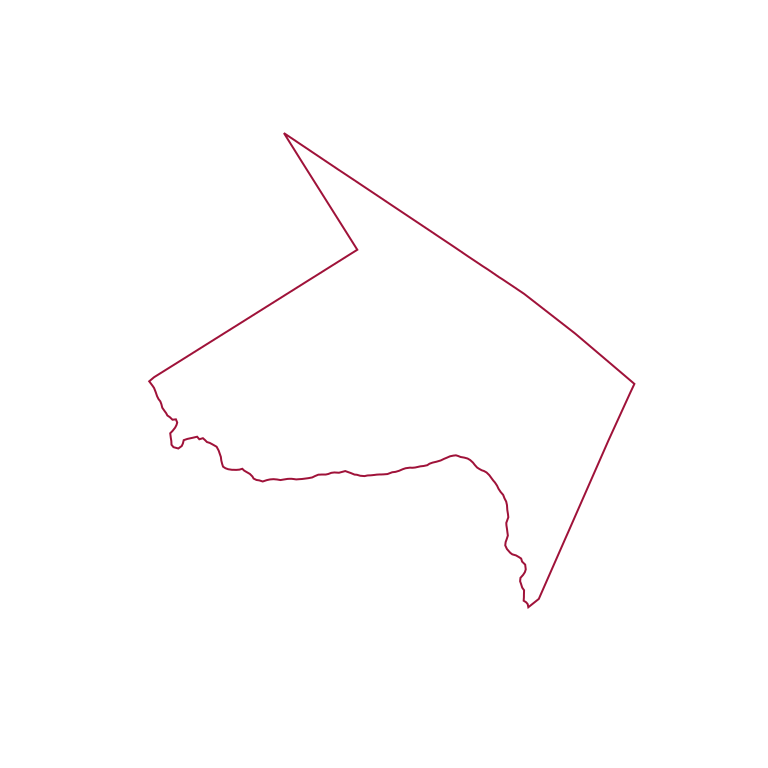 Morros, Maranhão, Brazil, rotated 328°
{"feature_id": "56859067B9052627590224", "entity_name": "Morros", "entity_type": "district", "adm_level": 2, "iso_a3": "BRA", "parent_name": "Brazil", "parent_adm1": "Maranhão", "projection": "albers", "projection_center": [-43.875, -2.966], "detail": "fine", "context": "isolated", "style": "outline", "palette": "rose", "viewbox_px": 768, "rotation_deg": 328, "n_neighbors": 0, "source": "geoboundaries", "source_scale": "gbopen_adm2", "svg_char_len": 2626}
<svg xmlns="http://www.w3.org/2000/svg" viewBox="0 0 768 768"><g transform="rotate(328 384 384)"><path d="M175.4,329.7L179.6,329.4L181.9,327.9L184.4,325.5L188.2,326.4L193.2,328.2L197.6,329.7L198.1,333.0L201.7,334.0L202.5,336.7L203.1,339.4L205.0,341.6L206.6,344.4L208.8,348.5L208.5,352.9L207.8,355.9L207.0,359.4L205.5,362.6L204.4,366.0L203.7,368.8L204.9,371.4L206.7,373.7L209.5,376.1L213.3,378.6L216.0,380.0L218.9,380.8L219.5,383.3L220.9,386.0L222.6,389.2L223.4,392.7L223.3,395.1L225.0,397.8L227.2,399.7L229.5,402.4L233.6,403.4L236.7,404.5L239.8,406.1L242.7,408.3L245.3,410.6L248.2,411.8L252.2,413.5L255.1,415.2L257.1,416.8L259.0,418.4L261.5,419.7L264.1,421.1L266.5,422.2L269.8,423.7L273.6,425.2L276.6,425.5L280.2,426.1L283.6,428.0L286.6,429.9L289.1,430.8L292.2,431.4L295.0,432.7L298.8,435.4L305.0,437.3L308.8,442.1L311.0,445.2L312.9,446.6L315.2,449.2L318.7,451.8L321.5,452.8L324.7,454.6L327.8,456.1L330.0,457.1L332.5,458.5L335.0,460.0L339.2,462.2L344.2,463.2L347.2,464.6L350.8,465.6L354.8,466.2L357.7,466.9L361.7,468.7L363.7,470.1L366.1,471.3L368.6,472.2L371.2,473.1L374.1,474.5L377.7,475.8L380.3,475.7L383.5,476.4L387.3,477.7L391.6,478.9L395.3,479.3L398.2,479.8L401.7,480.3L404.9,481.5L407.2,482.6L408.7,484.3L410.3,486.5L413.0,488.9L415.4,491.5L416.8,494.2L417.8,497.8L418.1,500.8L418.7,504.2L419.8,506.5L421.2,509.0L422.7,510.8L424.1,513.4L425.0,517.1L425.3,521.3L425.5,523.8L425.9,526.3L426.0,530.2L425.6,533.4L425.7,537.5L426.3,541.2L425.6,544.8L425.3,548.5L424.1,551.9L421.8,556.2L420.2,560.0L418.8,562.9L414.1,566.6L412.9,568.8L411.4,572.3L410.1,575.1L408.7,578.2L405.7,580.7L403.4,582.5L401.3,585.1L400.8,589.1L401.6,594.0L402.5,596.4L405.1,599.3L406.6,602.1L407.8,604.7L407.0,607.8L408.0,612.0L406.0,616.3L403.8,618.2L400.8,619.6L397.0,620.7L394.9,623.4L394.3,626.1L393.3,629.9L393.5,633.1L391.1,636.7L389.7,638.9L387.6,641.8L388.9,644.5L389.2,646.9L388.1,649.8L401.4,648.3L456.7,610.6L461.6,607.3L484.6,591.6L544.3,550.9L588.5,521.7L596.4,516.6L592.3,503.6L572.8,442.4L550.6,381.8L540.0,358.1L538.1,354.2L532.8,342.0L530.1,336.3L522.9,320.3L516.7,306.2L483.0,231.4L466.8,195.4L458.7,177.6L432.1,118.2L432.1,148.6L432.1,152.0L432.5,256.0L423.8,256.0L378.9,256.1L373.3,256.1L284.6,256.3L275.8,256.3L210.7,256.4L207.3,256.4L200.7,256.4L196.4,256.4L192.6,256.4L186.3,257.3L186.8,262.9L186.9,265.5L186.1,269.8L185.1,274.1L184.8,277.3L185.1,280.2L184.5,283.2L183.4,286.6L183.6,290.7L183.8,293.3L183.6,295.9L184.8,298.6L185.7,302.2L188.8,303.7L188.2,307.1L186.3,308.8L183.8,310.3L179.9,311.7L176.6,312.5L174.7,316.6L173.4,319.7L171.6,322.9L172.0,326.0L175.4,329.7Z" fill="none" stroke="#9f1239" stroke-width="2"/></g></svg>